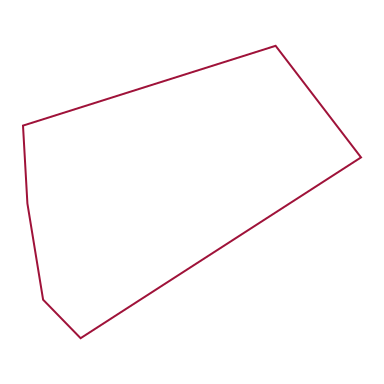 an SVG outline of Vacoas-Phoenix
{"feature_id": "MUS-5196", "entity_name": "Vacoas-Phoenix", "entity_type": "City", "adm_level": 1, "iso_a3": "MUS", "parent_name": "Mauritius", "parent_adm1": "", "projection": "robinson", "projection_center": [57.481, -20.303], "detail": "fine", "context": "isolated", "style": "outline", "palette": "rose", "viewbox_px": 384, "rotation_deg": 0, "n_neighbors": 0, "source": "natural_earth", "source_scale": "10m", "svg_char_len": 217}
<svg xmlns="http://www.w3.org/2000/svg" viewBox="0 0 384 384"><path d="M80.6,338.2L43.1,299.7L27.4,203.5L23.0,125.6L275.6,45.8L361.0,157.4L139.2,300.4L80.6,338.2Z" fill="none" stroke="#9f1239" stroke-width="2"/></svg>